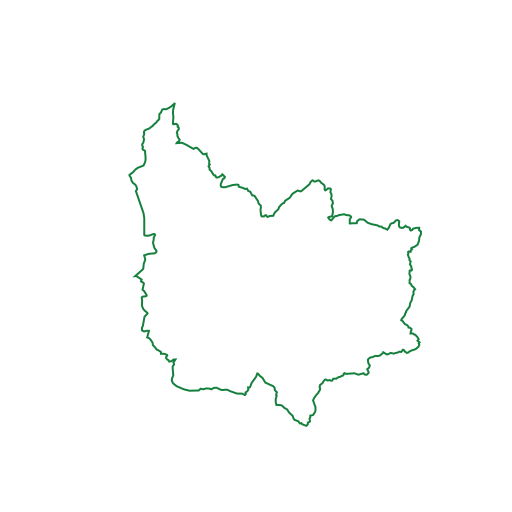 Ba To, Quảng Ngãi, Vietnam, rotated 231°
{"feature_id": "81297802B2421652022296", "entity_name": "Ba To", "entity_type": "district", "adm_level": 2, "iso_a3": "VNM", "parent_name": "Vietnam", "parent_adm1": "Quảng Ngãi", "projection": "robinson", "projection_center": [108.67, 14.715], "detail": "fine", "context": "isolated", "style": "outline", "palette": "green", "viewbox_px": 512, "rotation_deg": 231, "n_neighbors": 0, "source": "geoboundaries", "source_scale": "gbopen_adm2", "svg_char_len": 6116}
<svg xmlns="http://www.w3.org/2000/svg" viewBox="0 0 512 512"><g transform="rotate(231 256 256)"><path d="M421.6,283.4L426.1,289.3L425.7,288.1L425.6,283.7L426.2,279.9L426.7,278.4L428.2,276.8L428.8,275.3L427.3,272.4L427.1,270.2L423.4,267.1L423.1,266.1L423.0,264.0L422.5,262.6L422.5,259.3L422.0,257.3L422.3,256.2L422.2,253.6L423.5,249.3L423.4,247.9L422.7,246.7L421.2,246.0L419.6,243.4L417.2,242.5L415.0,239.8L414.5,238.0L413.5,237.1L411.9,236.8L411.0,235.4L410.1,235.0L407.6,235.9L402.1,232.2L399.9,230.4L398.5,228.4L397.1,225.5L398.9,219.7L399.1,216.6L398.5,213.4L398.7,208.7L398.1,208.3L395.4,208.0L392.8,206.6L389.9,206.4L387.4,207.1L385.2,206.8L382.8,205.7L382.0,203.5L360.0,195.5L355.6,192.9L342.7,182.4L341.9,182.5L340.0,184.4L339.0,186.1L337.6,190.1L337.3,190.7L336.4,191.0L335.8,190.8L334.7,188.1L333.3,187.0L331.0,184.2L326.2,182.1L323.2,182.0L322.1,181.5L321.7,180.5L321.8,179.0L325.2,174.0L326.9,169.5L323.6,168.1L322.6,167.3L320.7,164.0L317.2,160.5L316.8,159.2L316.4,149.4L315.7,150.4L309.7,152.3L308.6,150.6L306.3,151.6L305.1,151.5L301.2,146.6L299.1,147.0L294.5,146.4L294.0,146.1L293.9,145.3L295.9,142.0L295.6,141.0L293.7,140.0L289.2,136.1L286.2,135.1L283.7,135.1L280.4,135.8L279.5,135.5L279.0,131.2L272.8,124.0L272.1,122.2L269.9,120.6L267.8,121.5L266.4,124.4L265.2,125.7L261.2,120.2L259.4,121.2L257.7,121.4L253.8,121.1L251.6,119.8L248.2,120.1L245.9,119.9L243.9,120.9L241.1,121.7L239.8,120.6L237.8,123.1L235.3,124.6L234.5,124.4L234.0,122.5L233.2,121.9L231.4,121.9L230.2,122.4L228.6,122.1L227.5,124.0L227.4,126.8L226.3,128.3L225.2,124.9L223.2,124.0L222.7,121.9L221.9,121.1L215.3,116.6L213.7,113.7L212.1,112.1L209.3,111.4L204.7,112.4L197.7,116.1L193.1,119.6L187.5,126.9L187.7,129.4L185.6,131.2L184.4,134.0L182.3,136.3L180.6,137.3L180.0,140.3L178.5,142.4L174.4,144.4L173.0,145.5L170.9,148.7L169.6,149.8L167.7,150.6L161.1,154.6L157.9,158.5L154.9,159.9L155.0,161.0L156.5,161.9L156.4,164.1L156.9,165.8L158.8,167.1L157.9,168.2L157.9,169.0L160.1,172.7L162.1,180.1L163.9,183.1L163.4,183.5L160.3,183.6L157.2,184.3L151.7,183.6L143.9,187.5L141.8,187.5L139.9,186.2L137.0,186.5L135.4,184.2L134.5,184.2L132.3,181.2L130.2,179.5L127.5,178.1L124.5,181.4L123.2,182.1L120.3,182.4L117.2,183.6L113.4,183.2L108.8,183.9L106.0,182.9L104.5,182.8L100.9,184.9L98.3,184.7L97.5,186.1L96.2,186.0L92.3,188.2L92.6,190.3L93.9,191.5L93.4,193.1L93.5,193.9L95.8,195.1L96.5,196.7L97.8,197.7L96.5,200.3L97.7,203.9L98.6,205.1L101.1,207.1L107.9,209.5L109.1,211.9L110.1,215.6L110.5,218.6L111.1,219.4L111.4,220.8L112.4,222.4L114.0,222.8L115.5,224.8L115.3,227.5L116.1,229.5L116.5,231.9L116.0,232.6L114.1,233.3L113.2,235.2L111.9,235.8L111.2,236.8L112.0,238.8L110.1,241.3L110.0,243.6L109.1,245.4L108.9,247.0L108.3,248.5L108.6,249.4L109.3,250.1L109.3,251.0L107.6,251.9L103.0,258.6L99.3,260.9L97.2,265.8L95.7,265.8L94.1,267.1L94.2,269.8L95.1,270.5L98.0,271.2L98.1,273.7L99.4,275.6L101.9,275.8L104.8,277.5L105.2,278.4L105.3,280.6L104.1,283.0L103.3,285.8L101.7,287.6L100.7,289.5L100.7,293.6L101.1,294.3L97.2,295.7L96.5,297.0L95.9,299.7L93.4,301.7L92.6,303.8L91.8,305.2L91.6,306.9L90.0,308.6L90.7,311.1L89.6,311.8L88.3,311.5L85.7,312.3L85.2,313.5L85.2,315.2L84.7,317.4L83.2,321.3L83.2,324.9L84.2,327.0L85.6,327.4L85.9,328.8L88.5,328.2L88.9,330.0L91.3,330.4L94.7,330.2L95.6,329.4L97.2,329.1L98.5,327.3L100.2,329.2L100.7,330.4L101.4,330.9L103.4,330.5L104.4,329.5L105.5,330.0L106.8,330.0L109.7,328.8L113.3,329.0L114.6,328.4L115.2,329.1L116.2,334.1L117.4,335.7L117.8,337.1L118.6,337.9L120.0,343.5L122.4,346.3L123.7,349.3L126.5,352.6L127.1,354.5L129.0,355.6L130.0,357.4L130.0,358.7L132.7,358.8L134.9,358.2L135.9,358.7L137.1,358.7L138.2,358.2L140.8,360.4L141.0,361.4L142.6,363.0L145.5,363.9L147.9,366.2L147.9,366.7L146.9,367.5L146.9,368.1L147.5,368.8L149.3,369.4L150.4,370.2L152.5,370.3L154.5,372.8L156.3,372.7L157.3,373.7L158.6,373.8L161.5,374.9L162.2,376.2L163.4,376.7L163.4,377.6L162.0,378.8L162.8,379.7L163.0,381.3L164.0,381.3L164.4,381.9L163.4,385.1L163.1,388.8L165.2,392.2L167.8,394.9L169.0,397.7L171.2,399.6L173.5,399.0L175.2,400.6L177.2,398.0L178.4,395.1L177.9,393.8L178.4,392.3L179.2,392.2L180.6,393.0L181.4,393.1L184.2,391.3L185.3,391.3L185.3,388.2L185.9,387.2L187.5,385.9L188.6,385.8L189.9,386.3L192.9,389.2L194.8,388.7L195.6,386.8L195.1,383.8L196.1,381.8L196.2,380.7L194.4,377.1L193.8,374.6L196.1,373.7L197.6,372.5L200.0,371.9L201.3,370.4L203.3,369.7L208.2,365.7L211.6,363.7L216.3,362.8L219.3,359.6L219.5,356.8L218.1,354.9L221.1,351.1L222.0,349.5L222.4,349.4L225.5,352.0L226.3,354.3L226.8,354.7L228.9,354.1L230.9,352.0L233.0,350.7L235.6,346.2L236.1,344.2L237.2,342.5L236.9,339.6L236.3,337.4L236.4,336.8L237.1,336.4L239.2,336.1L240.5,336.4L240.4,337.2L239.0,340.3L242.0,343.7L244.4,345.3L246.9,346.1L247.7,346.9L248.4,348.8L250.8,350.2L253.2,350.1L254.7,352.2L256.6,353.6L258.7,353.9L260.7,356.2L261.6,356.2L263.2,354.6L263.2,351.4L263.7,351.0L264.7,351.3L266.7,353.1L268.6,353.6L271.9,352.7L274.4,352.7L275.6,352.0L276.7,348.7L277.3,348.1L279.1,347.7L279.3,347.3L279.2,345.2L278.1,342.7L277.9,332.3L278.2,331.2L280.7,329.5L281.3,324.7L281.3,322.9L280.0,318.9L280.6,313.4L279.6,311.2L280.1,309.7L280.0,307.7L279.4,304.5L278.3,302.9L278.0,298.0L276.4,294.7L278.4,292.0L279.1,289.5L281.5,289.4L281.9,288.3L281.8,286.9L283.3,285.3L285.0,285.9L289.0,288.5L290.9,290.6L292.2,291.4L295.3,291.1L297.3,292.1L303.8,292.7L305.6,291.2L309.6,292.0L311.4,290.9L314.0,291.4L314.9,289.8L317.8,288.3L320.1,286.5L320.9,286.3L322.3,287.1L323.5,286.2L325.9,282.4L328.8,275.4L330.6,273.2L331.8,272.5L333.1,273.0L334.2,274.2L336.6,278.5L336.7,279.4L336.3,280.3L337.1,281.6L340.7,281.2L340.2,279.1L340.6,278.1L340.7,276.5L341.8,274.7L342.8,274.6L344.2,275.1L345.0,274.2L345.8,274.1L350.3,274.6L352.4,274.3L353.5,275.3L355.5,275.5L356.2,277.6L356.9,277.4L359.2,279.5L365.4,281.0L366.7,282.0L367.9,279.4L368.7,278.9L375.5,278.5L377.4,278.1L378.2,276.9L378.6,274.8L386.1,271.9L390.6,269.7L393.6,265.4L393.9,266.3L393.7,268.9L394.7,270.0L395.9,269.8L398.9,270.5L400.0,271.6L401.5,271.9L402.6,273.6L403.3,276.0L404.7,276.8L405.7,276.4L406.7,277.5L408.9,277.2L410.5,274.6L411.1,274.7L416.4,279.6L418.8,281.0L421.6,283.4Z" fill="none" stroke="#15803d" stroke-width="2"/></g></svg>